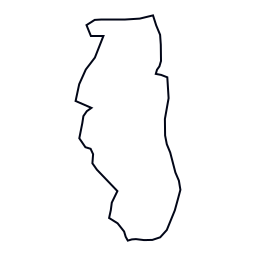 the border of Kiruhura
{"feature_id": "UGA-3371", "entity_name": "Kiruhura", "entity_type": "District", "adm_level": 1, "iso_a3": "UGA", "parent_name": "Uganda", "parent_adm1": "", "projection": "equal_earth", "projection_center": [30.869, -0.246], "detail": "fine", "context": "isolated", "style": "outline", "palette": "ink", "viewbox_px": 256, "rotation_deg": 0, "n_neighbors": 0, "source": "natural_earth", "source_scale": "10m", "svg_char_len": 770}
<svg xmlns="http://www.w3.org/2000/svg" viewBox="0 0 256 256"><path d="M90.9,36.0L86.5,25.1L94.7,19.9L101.7,19.5L116.8,19.5L125.4,19.5L139.8,18.6L153.0,15.4L156.2,25.4L160.1,34.8L160.8,44.8L161.0,61.0L159.4,66.4L157.0,69.7L155.8,73.9L161.1,74.9L167.3,77.3L168.6,98.2L164.9,119.0L165.1,135.5L166.8,144.2L170.2,152.5L175.4,172.5L178.9,180.7L180.4,189.8L178.0,198.8L174.8,210.4L166.8,230.0L160.2,237.3L152.4,239.9L144.1,240.1L135.9,239.1L131.9,239.4L127.8,240.6L125.7,236.8L124.1,231.5L117.6,223.3L109.1,218.0L110.8,210.2L111.8,202.6L117.4,191.1L96.9,169.7L92.4,163.3L93.1,154.2L90.6,148.8L85.4,147.2L79.3,138.3L82.3,123.2L83.4,116.1L86.8,111.2L91.4,107.9L75.6,101.0L79.2,84.2L85.8,69.5L94.9,57.6L103.4,36.0L90.9,36.0Z" fill="none" stroke="#020617" stroke-width="2"/></svg>